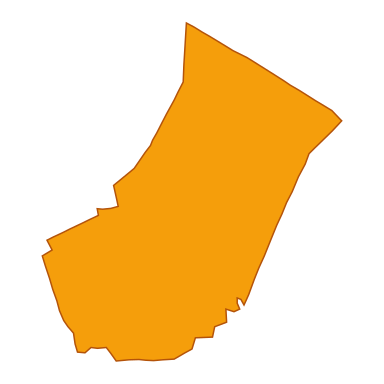 Haditha, Al-Anbar, Iraq
{"feature_id": "34846034B75041723835254", "entity_name": "Haditha", "entity_type": "district", "adm_level": 2, "iso_a3": "IRQ", "parent_name": "Iraq", "parent_adm1": "Al-Anbar", "projection": "robinson", "projection_center": [42.343, 34.245], "detail": "fine", "context": "isolated", "style": "filled", "palette": "amber", "viewbox_px": 384, "rotation_deg": 0, "n_neighbors": 0, "source": "geoboundaries", "source_scale": "gbopen_adm2", "svg_char_len": 1256}
<svg xmlns="http://www.w3.org/2000/svg" viewBox="0 0 384 384"><path d="M77.5,352.1L85.0,352.8L91.0,347.5L97.5,348.3L106.3,347.5L110.6,353.1L116.2,361.0L129.0,359.8L139.0,359.5L145.5,360.2L153.6,360.6L162.7,359.8L174.2,359.1L184.5,353.1L192.0,349.0L195.4,337.8L212.5,337.1L214.7,326.7L226.6,322.2L225.9,309.1L234.0,311.7L239.7,309.1L237.2,303.2L237.2,298.0L240.9,299.4L244.0,305.0L246.2,300.2L248.7,294.6L254.3,279.3L258.9,267.8L264.2,256.2L270.8,239.8L276.7,225.3L281.9,214.1L286.6,202.5L292.2,191.7L298.4,176.8L305.2,164.1L309.0,153.7L314.6,148.1L319.9,143.0L324.2,138.8L332.3,130.9L341.7,120.8L340.1,119.2L331.8,110.5L315.2,100.5L299.6,90.6L290.3,85.2L284.0,80.9L268.4,71.0L247.2,57.7L233.1,50.7L220.9,43.2L210.2,36.7L202.0,32.0L194.3,27.2L186.4,23.0L185.5,37.9L184.8,49.9L183.9,64.7L183.2,82.0L178.0,92.1L174.1,100.2L166.4,114.2L161.9,122.9L156.8,132.9L152.6,140.2L150.5,145.5L145.2,152.4L134.2,168.4L127.0,174.4L113.6,185.4L116.6,198.9L118.2,206.4L110.8,208.4L102.6,209.2L97.2,208.7L98.4,215.4L89.5,219.6L80.9,223.8L70.3,228.8L61.9,233.0L53.5,236.9L47.0,240.2L52.1,250.0L42.3,255.9L45.3,265.7L49.5,278.3L52.8,289.5L56.9,300.9L59.5,310.7L63.7,320.5L67.9,326.6L73.5,333.1L75.1,344.0L77.5,352.1Z" fill="#f59e0b" stroke="#b45309" stroke-width="1.5"/></svg>